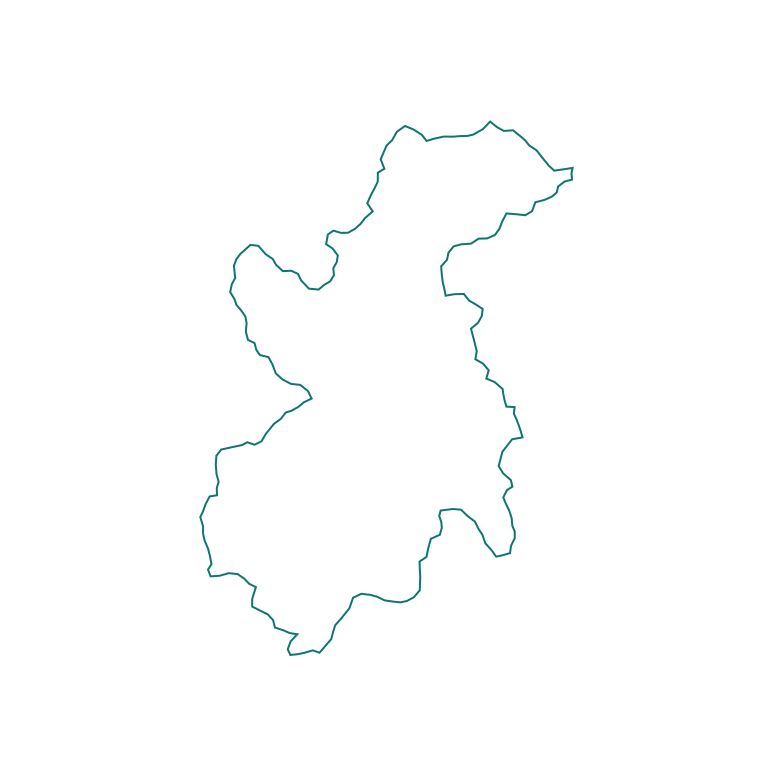 Marechal Floriano, Espírito Santo, Brazil, rotated 296°
{"feature_id": "56859067B31532180406364", "entity_name": "Marechal Floriano", "entity_type": "district", "adm_level": 2, "iso_a3": "BRA", "parent_name": "Brazil", "parent_adm1": "Espírito Santo", "projection": "mercator", "projection_center": [-40.766, -20.433], "detail": "fine", "context": "isolated", "style": "outline", "palette": "teal", "viewbox_px": 768, "rotation_deg": 296, "n_neighbors": 0, "source": "geoboundaries", "source_scale": "gbopen_adm2", "svg_char_len": 3129}
<svg xmlns="http://www.w3.org/2000/svg" viewBox="0 0 768 768"><g transform="rotate(296 384 384)"><path d="M604.2,441.3L613.7,440.4L619.7,447.4L625.7,452.6L631.9,455.3L637.8,453.9L645.1,457.5L650.2,463.4L655.4,460.2L660.9,458.8L655.0,450.3L650.4,443.4L652.6,436.1L657.2,426.3L660.9,418.6L662.1,409.8L664.8,404.3L666.8,396.7L668.6,388.8L664.0,380.8L664.4,373.0L666.4,364.4L656.3,361.1L647.3,354.9L643.6,350.3L640.3,344.0L636.6,337.7L632.5,329.1L626.6,321.7L621.1,315.7L624.5,308.9L625.7,298.9L625.1,289.8L616.4,285.0L606.6,284.4L599.6,281.8L592.4,282.1L584.5,282.5L577.6,290.0L571.3,285.8L563.1,289.7L555.2,289.7L548.7,289.4L539.1,289.7L534.2,298.2L525.0,294.3L517.5,292.7L510.5,289.8L504.2,285.4L501.0,279.1L499.6,271.3L493.8,268.0L484.3,270.7L483.3,278.2L479.3,286.1L472.9,288.1L465.8,287.7L459.9,291.3L452.8,290.7L446.9,286.8L440.2,283.8L436.8,274.7L440.8,264.1L445.3,258.4L445.1,250.9L441.1,243.6L443.8,234.8L447.6,229.2L448.8,220.7L453.1,210.5L450.4,202.9L445.1,200.8L438.0,197.9L431.5,196.6L424.4,197.3L414.0,203.8L406.8,203.5L399.1,205.5L394.8,212.4L390.4,216.7L387.7,223.0L383.9,229.8L378.5,233.8L370.5,236.9L364.0,242.4L364.0,249.7L358.7,254.3L355.6,259.8L357.5,268.3L352.9,274.9L346.1,282.1L343.6,290.7L343.3,300.3L346.5,309.1L344.3,318.8L339.2,325.3L332.3,319.9L326.3,317.3L319.5,312.7L315.2,308.1L307.5,306.6L300.1,302.6L287.6,299.7L278.8,299.0L272.7,294.3L271.7,286.7L266.8,283.1L261.0,275.6L253.8,266.5L246.1,264.8L238.1,268.0L229.5,273.0L223.7,278.2L217.2,279.3L210.8,282.7L206.5,276.6L197.5,276.3L190.1,277.2L183.9,277.2L176.8,283.8L170.0,287.1L165.0,291.1L158.7,298.2L152.8,303.2L146.5,307.9L140.0,307.2L135.1,312.5L139.6,320.3L146.0,327.5L149.0,335.8L147.8,343.6L145.3,350.5L145.3,357.9L138.6,358.9L132.9,359.8L126.2,363.1L126.0,372.6L126.0,380.5L123.1,387.9L117.3,392.7L118.5,401.6L118.8,408.5L121.1,415.8L111.8,412.9L103.4,413.8L99.4,418.6L103.4,425.0L107.5,430.3L113.4,436.8L114.2,443.8L121.3,445.7L131.5,448.4L138.6,447.0L145.7,445.9L154.9,448.4L167.2,451.2L178.4,449.9L185.5,455.6L188.6,464.5L189.8,471.3L189.8,479.5L192.5,487.8L194.9,494.4L199.0,499.7L205.4,504.3L214.2,506.6L226.2,501.3L234.5,496.7L240.0,493.8L247.3,498.0L256.0,495.7L265.4,494.0L273.0,500.3L280.1,499.0L285.1,496.0L289.6,491.5L295.1,490.4L301.8,500.6L304.8,508.3L302.0,516.9L300.2,526.0L295.3,532.3L291.4,538.9L285.3,544.8L281.9,553.3L278.0,560.5L281.7,565.2L287.2,571.4L294.3,569.1L302.8,569.1L308.8,566.1L312.8,561.5L319.2,557.7L324.8,552.4L330.1,545.7L334.4,540.9L342.7,541.1L348.0,544.4L353.2,540.2L355.9,530.3L360.6,523.0L375.0,520.1L390.5,523.4L396.7,531.9L402.8,526.4L409.9,519.1L414.2,513.8L420.5,511.5L417.3,503.9L422.0,499.7L426.6,496.1L431.5,492.8L434.3,482.5L433.7,473.6L442.2,472.1L445.7,464.2L446.3,455.3L454.3,452.9L460.8,447.4L466.7,442.4L471.9,437.9L480.2,441.7L488.0,442.1L494.7,439.8L495.7,431.8L496.3,423.9L499.9,416.3L495.6,407.9L490.4,400.7L496.5,396.1L501.4,392.0L507.0,388.4L514.8,383.8L523.3,386.2L530.2,384.4L538.2,386.2L543.5,392.3L548.3,400.7L556.1,405.3L560.1,412.9L566.6,418.4L574.3,419.7L581.7,419.0L591.0,419.3L594.6,428.6L597.7,437.1L604.2,441.3Z" fill="none" stroke="#0f766e" stroke-width="2"/></g></svg>